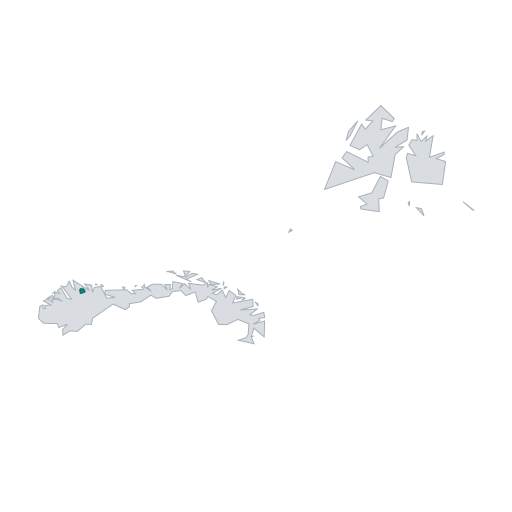 Norddal nor, Møre og Romsdal, Norway shown in context, rotated 55°
{"feature_id": "86288312B15747524615282", "entity_name": "Norddal nor", "entity_type": "district", "adm_level": 2, "iso_a3": "NOR", "parent_name": "Norway", "parent_adm1": "Møre og Romsdal", "projection": "mercator", "projection_center": [7.286, 62.251], "detail": "fine", "context": "in_parent", "style": "filled", "palette": "teal", "viewbox_px": 512, "rotation_deg": 55, "n_neighbors": 0, "source": "geoboundaries", "source_scale": "gbopen_adm2", "svg_char_len": 5106}
<svg xmlns="http://www.w3.org/2000/svg" viewBox="0 0 512 512"><g transform="rotate(55 256 256)"><path d="M270.4,314.4L261.5,318.7L262.9,321.6L260.6,329.8L250.5,326.5L248.2,336.2L241.3,337.3L237.3,344.7L239.0,350.5L233.4,362.0L227.8,364.6L227.4,376.8L222.4,387.1L224.9,388.7L224.9,393.9L213.4,400.7L213.3,425.4L217.7,430.1L214.2,434.5L215.3,445.5L210.5,451.7L210.2,459.6L205.3,456.5L203.9,449.6L201.4,458.6L197.6,457.4L189.2,468.6L182.2,470.0L173.2,461.9L173.8,458.5L176.7,460.2L178.3,458.7L175.4,457.5L178.5,452.1L170.9,456.0L171.9,451.1L177.4,449.0L174.5,448.4L177.0,443.9L182.1,440.5L177.0,442.6L170.9,451.1L171.3,445.7L174.2,445.3L170.9,441.4L174.0,438.4L170.8,439.0L170.1,434.0L182.4,435.1L185.8,431.9L170.7,432.2L172.1,428.4L169.6,423.4L176.2,424.6L180.5,423.5L170.9,419.8L188.8,412.3L180.6,412.4L185.6,407.4L192.0,410.8L189.2,406.6L191.7,400.6L204.9,402.5L209.1,395.1L200.6,401.8L197.7,399.2L209.3,381.5L215.5,379.7L217.9,376.3L213.2,377.1L218.6,367.2L217.1,365.1L224.7,362.1L219.1,363.1L219.7,356.9L225.1,349.5L233.0,348.2L227.1,347.2L230.3,342.4L234.1,346.0L234.7,343.2L229.3,338.7L236.6,331.9L238.5,337.5L237.8,330.4L246.0,328.6L239.7,326.9L249.3,316.4L250.2,311.1L253.9,313.7L252.4,310.7L258.9,305.3L258.6,311.9L262.7,302.8L261.4,313.3L265.2,310.2L264.5,303.3L272.7,304.7L268.9,297.7L277.0,295.1L281.0,302.1L289.6,283.6L295.7,287.1L291.2,299.9L300.1,285.3L300.6,294.5L303.0,292.7L306.7,282.0L311.5,284.2L308.5,289.6L310.8,289.8L310.3,297.4L314.1,286.2L327.0,295.7L313.8,299.2L319.4,306.3L326.8,307.9L315.0,318.7L317.2,311.0L316.0,307.6L307.6,300.7L297.5,307.2L295.5,319.3L290.6,325.9L275.3,323.8L270.4,314.4ZM238.1,57.3L247.7,65.9L246.7,79.8L251.1,72.5L252.8,83.9L269.1,100.4L255.6,111.4L240.8,161.7L224.4,136.6L242.1,125.6L225.0,129.2L222.5,121.8L243.7,110.3L239.3,107.6L241.3,102.8L228.6,101.0L228.3,110.3L219.3,115.6L208.5,93.8L214.8,93.7L212.3,82.9L207.6,88.1L204.4,67.4L222.6,63.9L224.0,67.3L215.7,73.7L224.2,81.3L229.5,67.1L238.6,93.0L235.5,69.0L238.1,57.3ZM259.1,42.0L274.6,57.3L278.9,42.2L280.8,43.9L279.6,52.5L287.4,46.5L304.3,62.3L284.6,86.0L261.5,76.4L258.8,73.0L265.5,67.7L253.0,67.3L250.2,61.5L253.8,57.8L248.2,54.0L256.8,55.0L255.8,47.3L259.2,51.1L259.1,42.0ZM270.5,104.8L281.6,118.2L279.6,122.8L290.4,129.6L277.7,143.1L275.4,142.0L277.0,135.3L266.4,138.0L270.7,124.8L262.1,108.4L270.5,104.8ZM235.1,326.4L239.9,323.8L226.0,332.5L233.0,325.5L233.4,318.4L237.4,314.4L235.1,326.4ZM242.6,312.9L249.1,312.4L241.5,317.9L242.6,312.9ZM249.0,308.8L258.4,301.5L253.4,309.2L249.0,308.8ZM203.7,95.3L211.3,109.7L213.1,115.8L207.1,108.9L203.7,95.3ZM230.7,319.1L231.9,325.5L226.7,323.9L230.7,319.1ZM281.6,287.1L277.9,292.1L272.8,290.0L278.7,289.0L281.6,287.1ZM282.2,290.8L280.5,296.5L278.4,295.0L282.2,290.8ZM220.2,333.0L225.2,331.6L219.8,335.7L220.2,333.0ZM342.7,52.1L330.2,55.3L343.2,51.4L342.7,52.1ZM312.2,93.3L319.4,95.3L308.4,96.9L312.2,93.3ZM292.9,283.1L296.7,281.8L297.9,283.0L292.9,283.1ZM284.7,289.2L283.9,292.4L282.9,289.7L284.7,289.2ZM264.7,297.7L264.6,300.8L263.2,299.7L264.7,297.7ZM255.8,211.7L255.3,215.4L253.5,212.4L255.8,211.7ZM303.1,101.7L299.8,101.0L299.5,99.0L303.1,101.7ZM206.5,381.4L207.4,383.4L204.8,383.0L206.5,381.4ZM258.3,297.1L260.2,298.2L261.3,300.0L258.3,297.1ZM250.4,46.3L251.8,50.4L249.6,48.9L250.4,46.3ZM193.0,399.3L189.9,399.5L193.1,398.3L193.0,399.3ZM188.6,402.4L187.5,404.0L187.0,403.2L188.6,402.4ZM219.0,336.3L217.4,338.5L219.2,334.8L219.0,336.3ZM170.4,442.1L170.0,444.4L169.8,441.3L170.4,442.1ZM215.9,365.5L215.2,363.8L216.1,363.9L215.9,365.5ZM320.2,303.5L319.8,305.9L319.7,305.5L320.2,303.5ZM216.7,367.1L215.0,367.4L217.1,366.7L216.7,367.1ZM211.6,370.9L211.8,372.5L211.0,372.0L211.6,370.9ZM169.6,432.0L168.8,433.5L169.0,432.3L169.6,432.0Z" fill="#d9dde1" stroke="#a8b0b8" stroke-width="1"/><path d="M186.6,419.4L186.4,419.3L186.3,419.2L186.4,418.9L186.3,418.7L186.2,418.7L186.0,418.4L186.4,418.3L186.3,418.1L186.4,417.9L186.5,417.9L186.7,417.7L186.8,417.6L186.8,417.4L186.9,417.2L187.2,417.1L187.0,416.8L187.0,416.7L186.7,416.4L186.4,416.4L186.2,416.3L186.1,416.2L185.9,416.2L185.8,416.3L185.7,416.4L185.4,416.4L185.2,416.4L185.2,416.5L184.9,416.7L184.8,416.8L184.7,416.8L184.4,416.8L184.4,416.7L184.2,416.4L184.1,416.5L183.9,416.5L184.0,416.6L183.9,416.7L183.9,416.8L184.0,417.0L183.9,417.3L183.8,417.5L183.7,417.5L183.7,417.4L183.5,417.5L183.4,417.5L183.2,417.7L183.2,417.8L183.0,418.0L183.3,418.1L183.5,418.1L183.8,418.0L184.0,418.0L184.3,418.1L184.4,418.3L184.5,418.3L184.6,418.5L184.7,418.8L184.6,418.7L184.4,418.5L184.4,418.4L184.2,418.3L184.2,418.2L183.9,418.2L183.7,418.1L183.6,418.3L183.6,418.5L183.4,418.4L183.2,418.4L183.0,418.2L182.9,418.2L182.8,418.3L182.7,418.3L182.6,418.2L182.4,418.2L182.4,418.3L182.3,418.5L182.4,418.8L182.4,419.0L182.5,419.1L182.5,419.3L182.6,419.5L182.8,419.7L183.0,419.7L183.1,419.8L183.3,419.8L183.4,419.7L183.5,419.6L183.5,419.8L183.7,419.7L183.8,419.8L183.8,419.7L183.8,419.8L184.0,420.0L184.3,420.3L184.3,420.5L184.7,420.6L184.9,420.7L185.1,420.7L185.3,420.6L185.5,420.9L185.7,421.0L185.7,420.9L186.0,420.7L185.9,420.6L185.7,420.3L186.1,420.0L186.6,419.4Z" fill="#14b8a6" stroke="#0f766e" stroke-width="1.5"/></g></svg>